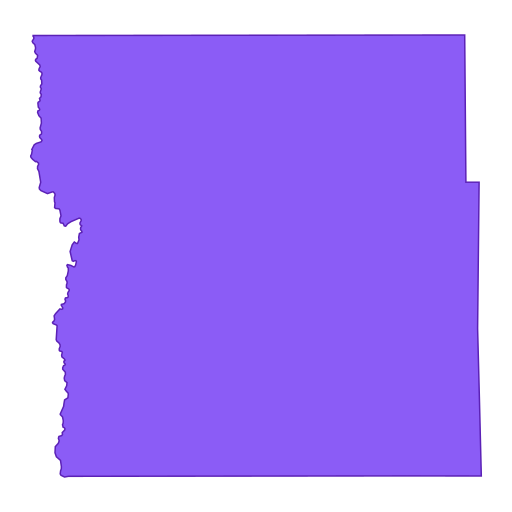 Clay, Minnesota, United States of America (Robinson projection)
{"feature_id": "52423323B41425910049088", "entity_name": "Clay", "entity_type": "district", "adm_level": 2, "iso_a3": "USA", "parent_name": "United States of America", "parent_adm1": "Minnesota", "projection": "robinson", "projection_center": [-96.781, 46.89], "detail": "fine", "context": "isolated", "style": "filled", "palette": "violet", "viewbox_px": 512, "rotation_deg": 0, "n_neighbors": 0, "source": "geoboundaries", "source_scale": "gbopen_adm2", "svg_char_len": 2895}
<svg xmlns="http://www.w3.org/2000/svg" viewBox="0 0 512 512"><path d="M60.2,473.9L61.0,475.3L64.5,477.0L68.5,476.3L407.3,475.9L481.3,476.0L479.5,402.1L477.6,328.4L479.1,182.2L465.9,182.2L464.7,35.0L33.1,35.5L33.1,36.4L33.8,37.2L33.8,38.6L32.2,41.2L32.8,42.7L34.8,44.6L35.5,47.3L35.5,48.8L34.7,51.6L35.5,53.3L37.6,55.3L37.4,57.1L37.0,58.5L36.1,58.9L35.4,60.1L35.7,61.2L39.8,65.0L40.2,66.7L39.2,68.4L38.8,70.1L39.6,71.1L41.4,72.2L42.0,73.2L41.9,74.7L40.7,77.6L40.7,78.9L41.6,80.1L41.8,84.0L40.6,85.6L40.3,87.0L41.3,88.8L40.2,92.2L40.5,93.5L41.3,94.3L41.0,96.8L39.5,98.4L40.1,100.5L39.8,101.1L38.1,102.3L37.9,103.2L38.3,107.2L39.4,108.5L39.7,109.7L39.2,110.4L37.9,110.9L37.6,112.5L38.9,115.7L41.1,118.2L41.4,123.1L40.1,127.9L40.3,129.5L41.5,131.2L41.6,132.9L41.4,134.1L39.7,135.2L39.5,136.3L39.8,137.6L41.6,139.5L42.0,140.5L41.0,141.9L36.3,143.4L34.2,144.8L31.8,149.5L32.3,150.2L31.5,154.5L30.8,155.5L30.7,156.5L31.0,157.4L32.6,159.3L35.5,161.7L36.4,161.4L38.5,163.1L38.5,164.7L37.6,166.3L37.5,168.7L38.9,171.4L40.7,182.2L40.6,182.7L39.2,187.5L39.4,189.0L40.9,190.6L47.5,193.6L52.3,191.9L53.3,191.9L54.7,193.4L55.1,194.9L54.3,197.6L54.5,201.7L55.0,202.9L54.6,207.6L55.7,208.5L59.0,208.8L59.9,210.1L61.0,215.9L59.9,218.7L59.9,221.3L60.3,222.5L60.7,222.9L63.1,223.3L64.3,225.9L65.7,226.2L67.6,223.8L71.1,221.6L79.2,218.1L80.2,218.4L81.2,219.5L81.2,220.6L80.0,222.9L80.0,223.8L80.2,224.6L81.7,225.9L80.7,227.6L80.5,228.9L80.8,230.1L81.1,230.4L81.8,231.2L81.9,232.3L79.4,233.5L78.7,237.2L79.0,239.8L77.5,243.5L76.3,243.4L74.3,242.0L72.2,244.8L70.1,251.5L72.2,260.7L73.3,261.3L74.7,260.7L75.9,260.7L76.4,261.6L75.6,265.1L74.7,266.8L73.7,266.9L70.8,265.4L67.5,264.6L66.9,265.3L67.5,267.2L68.3,268.1L68.3,270.9L67.3,275.6L65.8,277.8L65.8,279.5L66.9,281.3L67.1,282.4L67.0,283.5L66.5,284.7L66.4,287.3L67.2,288.2L68.4,288.7L69.2,289.5L69.2,290.5L68.0,292.4L67.6,294.0L68.2,295.5L68.2,296.8L67.5,297.6L65.5,297.9L65.2,298.4L65.0,299.6L65.6,300.8L65.4,302.1L64.1,303.7L61.4,304.4L61.2,305.1L62.8,307.9L62.6,308.9L61.4,309.3L59.9,308.9L55.6,313.6L54.1,315.9L54.3,317.1L54.6,319.4L53.9,321.1L52.8,322.0L52.5,322.8L53.2,323.7L56.6,325.1L57.1,325.9L56.2,339.7L56.8,341.1L57.6,341.8L58.9,342.9L60.0,344.6L60.2,346.3L59.2,348.9L59.3,350.4L59.6,350.9L61.8,351.5L62.3,352.6L61.6,355.1L61.9,356.9L64.4,359.0L64.9,360.0L64.9,360.5L63.9,361.2L64.0,362.7L65.3,364.2L64.7,365.3L63.6,365.6L62.7,367.7L62.7,369.2L65.3,372.2L65.4,374.6L64.7,376.0L64.2,378.1L64.7,380.7L67.0,382.6L66.7,385.7L64.9,389.3L66.7,391.7L67.8,392.6L68.3,394.0L67.9,397.8L64.6,399.9L64.0,403.4L63.6,406.4L60.2,414.1L60.4,414.7L62.5,416.9L63.3,420.8L63.1,423.3L62.5,424.7L63.1,427.2L64.3,427.7L64.9,428.5L64.8,429.9L62.2,432.6L62.5,434.4L61.7,435.6L59.0,436.4L58.7,436.9L58.4,438.5L59.2,440.8L58.3,443.3L55.3,446.6L55.0,452.8L56.4,456.8L60.5,460.4L61.4,466.7L61.3,468.9L60.6,470.7L60.2,473.9Z" fill="#8b5cf6" stroke="#5b21b6" stroke-width="1.5"/></svg>